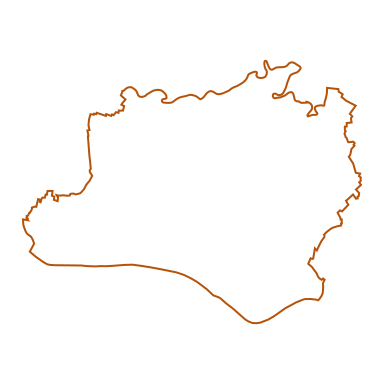 Dong Anh, Ha Noi, Vietnam
{"feature_id": "81297802B58266448529829", "entity_name": "Dong Anh", "entity_type": "district", "adm_level": 2, "iso_a3": "VNM", "parent_name": "Vietnam", "parent_adm1": "Ha Noi", "projection": "mercator", "projection_center": [105.849, 21.137], "detail": "fine", "context": "isolated", "style": "outline", "palette": "amber", "viewbox_px": 384, "rotation_deg": 0, "n_neighbors": 0, "source": "geoboundaries", "source_scale": "gbopen_adm2", "svg_char_len": 5817}
<svg xmlns="http://www.w3.org/2000/svg" viewBox="0 0 384 384"><path d="M132.6,264.7L140.2,265.7L150.4,267.3L160.2,269.1L176.1,272.3L183.9,274.9L190.7,278.2L197.2,282.0L206.9,289.3L213.2,295.3L219.1,297.5L220.9,298.7L225.9,303.2L232.6,308.3L245.3,319.5L248.8,321.6L252.5,323.0L256.6,323.2L260.4,322.6L268.4,319.5L274.5,315.9L285.2,308.3L296.1,302.4L303.0,299.6L305.0,299.1L310.6,299.0L316.0,299.6L318.1,300.3L319.2,299.3L321.3,296.3L322.6,293.5L322.9,291.1L323.2,285.8L322.9,284.2L323.1,283.0L324.2,280.5L324.6,279.8L323.1,278.5L321.7,279.8L319.2,278.2L317.7,276.0L316.9,273.7L311.8,266.8L309.7,265.0L308.5,264.2L308.3,263.7L310.6,258.3L311.4,258.7L312.3,258.9L312.9,258.8L313.2,258.6L314.9,248.4L316.8,250.5L319.4,245.0L321.4,241.1L324.4,236.9L324.5,234.9L324.1,234.6L326.8,231.9L329.7,229.6L332.2,227.9L336.9,226.4L339.9,225.7L341.1,225.5L341.1,223.4L341.8,223.3L341.7,219.5L340.6,219.6L340.4,217.9L337.6,212.7L340.0,210.4L342.0,211.4L345.8,207.5L348.3,204.8L346.0,200.8L348.0,199.1L353.0,194.5L356.0,198.7L357.7,198.4L357.6,196.6L358.7,196.1L359.2,193.1L356.0,189.5L361.0,184.9L359.2,182.3L360.7,181.0L360.6,179.2L360.8,177.5L359.0,176.1L360.1,173.6L355.8,172.8L353.2,163.6L348.8,156.8L349.7,155.7L350.3,154.6L351.1,151.0L351.2,149.7L351.5,149.0L354.5,145.7L353.6,144.8L354.7,143.2L354.2,142.6L353.3,141.7L352.4,141.8L351.7,142.0L350.5,142.0L348.8,142.3L348.1,142.0L346.6,138.0L346.1,137.4L345.7,137.2L345.5,136.7L345.1,135.1L344.6,134.1L344.5,133.7L344.9,133.0L344.9,132.2L345.1,131.8L345.7,131.4L345.7,131.2L345.2,130.7L344.9,130.0L344.8,127.0L344.9,126.6L346.7,126.5L346.7,123.0L351.6,122.5L351.0,119.0L351.0,118.4L351.1,117.9L352.3,116.4L351.9,115.9L349.8,113.8L355.7,105.7L348.0,101.7L345.8,100.5L342.8,97.9L342.2,97.5L341.8,97.4L341.5,97.0L342.7,94.3L342.5,94.1L338.8,91.8L338.7,91.5L338.4,89.1L327.1,87.9L326.9,92.9L326.6,94.8L325.9,98.0L325.3,100.0L324.5,102.7L324.4,104.9L324.2,105.4L324.0,105.7L323.5,105.8L321.7,105.3L320.6,105.3L317.0,105.9L315.6,106.6L315.0,107.2L314.8,107.8L314.9,108.8L315.3,110.3L316.2,111.8L317.1,112.8L317.3,113.5L317.1,114.2L316.6,114.7L315.9,114.8L312.7,114.9L309.3,115.9L308.6,116.3L308.2,116.4L307.7,116.2L307.4,115.6L307.7,114.7L308.6,113.2L310.7,110.9L311.5,109.8L312.0,108.7L312.1,107.3L312.0,106.0L311.4,104.6L310.8,103.9L309.3,102.8L307.9,102.1L307.4,101.9L306.7,101.8L306.9,102.6L301.3,102.9L298.5,101.3L297.2,101.4L296.6,101.2L295.8,100.8L295.1,100.2L294.6,99.3L294.1,96.7L293.4,94.3L292.6,92.9L291.9,92.3L291.5,92.2L291.0,92.1L288.8,92.6L284.8,95.6L280.6,97.3L277.3,97.8L274.9,98.3L274.5,98.3L274.1,98.1L273.6,97.8L273.2,97.2L272.8,96.2L272.9,94.9L273.3,94.1L273.9,93.8L274.8,93.6L275.9,93.8L276.7,94.2L277.6,94.9L278.7,95.3L279.9,95.0L281.4,94.6L282.5,93.8L283.6,92.3L285.7,88.1L286.5,85.6L287.1,83.1L289.8,76.3L290.5,75.3L291.4,74.5L293.2,73.7L297.1,72.3L298.6,71.1L299.9,69.6L300.5,68.7L300.6,67.9L300.3,67.1L299.7,66.4L297.4,65.0L294.9,63.3L293.4,62.6L291.9,62.4L290.9,62.4L290.1,62.8L289.0,63.4L287.7,64.9L286.5,66.1L285.3,66.6L283.3,67.1L278.0,67.3L276.9,67.4L275.0,68.1L272.3,69.7L271.7,69.7L271.1,69.6L270.3,69.1L269.6,68.4L268.7,66.7L266.6,61.5L266.1,61.0L265.6,60.8L265.0,61.0L264.6,61.5L264.4,62.4L264.3,63.8L264.7,66.6L264.9,67.7L265.5,68.9L266.5,70.5L266.8,71.3L266.8,72.8L266.7,74.1L265.5,76.5L264.2,77.4L262.7,77.8L260.7,78.0L259.2,77.8L258.1,77.5L257.1,76.8L256.7,76.3L256.4,75.6L256.4,75.0L256.9,73.3L256.9,72.7L256.7,72.2L256.1,71.8L254.9,71.7L252.8,72.3L249.9,73.5L248.8,74.2L248.2,75.0L247.4,77.1L246.3,79.2L245.0,80.7L243.4,82.2L241.3,83.6L237.4,85.9L233.1,87.6L231.9,88.3L228.8,90.7L223.1,93.2L221.3,93.8L219.2,94.2L218.4,94.2L217.0,94.0L215.8,93.4L213.0,91.7L212.1,91.4L210.5,91.1L209.8,91.3L208.9,91.6L207.0,92.9L203.6,97.2L202.5,98.1L200.8,99.2L200.4,99.2L199.8,99.0L197.0,96.8L196.0,96.2L194.2,95.5L191.6,94.9L189.8,94.9L188.2,95.3L186.9,95.7L184.2,96.4L182.0,96.8L179.4,97.6L177.4,98.6L175.8,99.7L173.0,101.8L171.9,102.4L170.3,102.8L168.0,102.9L165.7,102.8L163.8,102.6L162.8,102.3L162.3,101.9L161.9,101.1L161.9,100.3L162.3,99.7L163.0,99.2L165.6,98.7L166.4,98.3L166.5,97.1L166.3,95.8L165.9,94.8L165.1,93.7L164.3,92.8L162.7,91.3L160.6,90.2L159.0,89.9L157.6,89.8L155.5,90.1L153.6,90.6L151.9,91.4L147.5,94.0L146.4,94.8L145.5,95.8L143.8,96.5L142.1,96.9L141.0,96.9L139.6,96.6L138.2,95.4L137.9,94.7L137.5,93.6L136.8,91.8L135.9,90.5L134.9,89.5L132.5,87.8L131.4,87.3L130.0,87.2L128.3,87.4L126.9,88.0L125.4,89.1L123.8,90.6L123.1,90.9L122.3,91.0L122.4,91.6L120.9,95.4L125.5,99.5L122.1,103.5L121.4,104.7L124.1,106.0L123.0,110.6L121.8,110.4L121.1,110.7L120.3,110.7L118.8,110.5L118.5,112.8L115.9,112.2L113.7,115.1L112.0,114.4L111.3,115.9L106.3,114.1L105.9,115.9L96.7,112.8L96.3,114.1L94.0,113.7L93.8,114.7L90.5,114.2L89.0,119.6L88.5,124.7L88.6,126.1L89.5,130.0L87.4,130.5L88.5,135.9L87.9,136.2L89.4,155.6L90.1,161.7L90.8,168.9L89.8,170.1L89.7,171.3L90.1,172.5L92.2,175.7L91.3,177.6L89.3,181.3L88.3,182.2L85.9,185.4L84.0,189.2L80.7,192.9L80.0,193.3L78.7,193.7L76.2,194.3L75.3,194.3L73.5,193.6L72.9,193.6L70.7,193.8L70.3,194.0L70.1,194.4L69.9,195.3L69.8,195.5L68.5,195.7L66.9,195.7L63.2,195.3L62.2,195.3L61.1,195.5L58.4,195.7L57.4,195.3L56.6,195.1L58.0,197.5L57.6,201.2L53.9,199.8L54.3,196.6L51.9,195.7L52.6,191.0L51.2,190.9L47.5,191.0L46.9,194.7L45.6,194.6L44.9,197.7L42.3,197.7L41.8,198.4L41.3,199.6L40.6,202.3L39.8,201.9L40.2,199.7L38.1,199.1L36.3,206.8L34.9,206.6L31.9,207.6L32.0,208.5L31.3,210.5L30.6,211.6L29.8,212.8L29.4,212.6L28.1,215.3L27.4,216.2L26.7,216.1L26.7,216.7L26.5,217.5L26.5,217.9L27.8,218.5L27.7,219.6L27.4,219.9L27.7,220.2L23.0,219.4L23.3,224.4L23.9,226.9L25.3,230.5L26.5,233.0L27.6,234.2L31.0,236.6L32.9,240.0L34.1,243.7L29.8,251.7L35.7,256.7L43.2,262.0L47.3,264.3L50.0,264.9L54.7,265.2L81.3,265.5L87.0,266.1L95.2,266.4L100.7,266.1L106.4,266.2L113.0,265.8L124.9,264.9L132.6,264.7Z" fill="none" stroke="#b45309" stroke-width="2"/></svg>